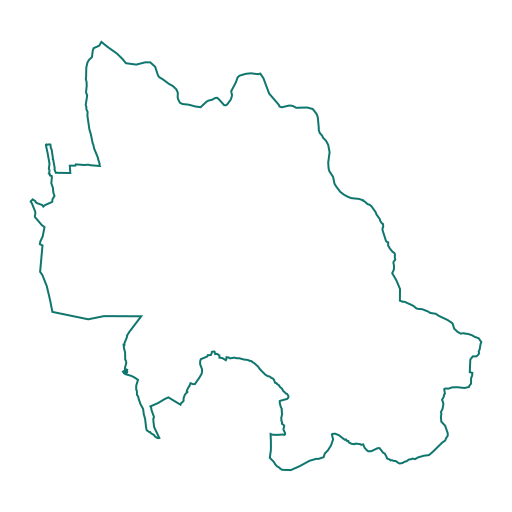 Barcani, Covasna, Romania (Albers equal-area conic projection)
{"feature_id": "2599482B23843789943329", "entity_name": "Barcani", "entity_type": "district", "adm_level": 2, "iso_a3": "ROU", "parent_name": "Romania", "parent_adm1": "Covasna", "projection": "albers", "projection_center": [26.11, 45.703], "detail": "fine", "context": "isolated", "style": "outline", "palette": "teal", "viewbox_px": 512, "rotation_deg": 0, "n_neighbors": 0, "source": "geoboundaries", "source_scale": "gbopen_adm2", "svg_char_len": 5983}
<svg xmlns="http://www.w3.org/2000/svg" viewBox="0 0 512 512"><path d="M145.1,418.9L146.1,427.6L146.7,430.2L149.0,431.9L150.2,432.1L150.6,433.0L154.1,435.1L154.7,436.2L157.0,437.8L158.3,438.2L159.3,438.0L154.1,427.0L153.4,421.0L153.3,418.7L153.9,417.5L153.8,416.4L151.5,410.1L151.2,407.8L150.4,406.4L158.2,403.0L164.6,399.1L168.4,397.4L180.5,404.7L180.8,403.6L183.5,401.0L183.6,398.3L184.5,395.6L185.4,394.0L187.3,392.1L186.7,391.8L187.0,390.2L189.0,386.4L189.3,386.4L190.5,383.2L192.9,384.1L194.9,384.1L199.6,377.3L201.6,373.8L202.1,371.6L202.0,369.2L200.1,364.1L200.2,361.1L200.8,359.2L207.0,356.6L207.7,355.8L207.8,355.2L210.8,355.0L211.7,353.3L211.8,352.0L213.0,351.5L214.5,351.6L215.2,354.1L217.0,353.8L219.4,355.5L219.4,357.6L222.4,358.1L225.8,360.2L226.4,358.9L226.5,357.2L228.8,357.5L229.5,358.2L230.6,358.3L234.4,357.6L236.0,358.2L239.5,358.3L243.8,359.5L248.0,360.0L249.8,361.0L250.5,360.8L251.9,361.4L252.2,362.0L254.0,362.9L258.4,366.9L259.7,369.1L260.5,369.5L260.6,370.0L265.4,374.7L267.8,376.2L269.0,376.3L270.4,377.0L271.3,378.0L272.7,378.4L273.9,379.6L275.0,382.7L276.6,383.2L277.0,384.0L278.7,385.1L279.3,385.7L279.5,386.5L282.0,388.7L283.1,390.8L286.1,393.6L287.0,393.9L287.7,394.8L288.5,396.4L288.2,397.8L287.2,398.9L279.9,400.9L279.7,401.3L279.8,403.1L280.8,407.0L281.8,408.8L281.6,410.4L282.0,411.5L281.8,412.8L282.2,413.7L281.2,418.2L281.5,419.6L281.3,420.5L282.0,422.1L282.0,423.8L283.6,424.9L284.2,426.2L283.4,429.4L285.1,433.2L285.0,434.3L284.5,434.9L282.8,434.5L277.3,434.9L272.3,434.7L270.6,434.0L270.9,441.6L270.9,449.8L269.8,457.8L273.8,461.9L275.3,464.4L277.1,466.4L279.3,467.6L280.3,468.7L282.1,469.8L290.8,470.1L299.4,466.3L309.7,460.7L316.0,458.9L318.5,458.9L323.6,457.2L324.8,453.5L327.8,450.5L331.0,445.5L333.1,439.3L331.9,434.7L332.4,433.9L335.1,433.7L338.9,435.2L344.1,439.3L344.9,439.8L345.6,439.4L346.2,439.6L346.7,440.8L348.4,441.1L348.4,441.7L348.9,442.4L351.8,443.9L354.7,444.2L355.0,443.7L355.9,443.6L360.3,444.2L361.1,444.8L363.2,444.4L364.6,447.8L367.3,450.7L368.4,451.3L371.3,451.2L377.6,448.2L379.5,448.1L383.2,452.8L384.7,453.5L386.7,457.1L386.8,458.1L387.4,458.7L390.1,459.7L390.6,460.4L391.9,460.2L394.2,461.0L395.7,461.0L398.5,463.0L399.7,463.5L402.5,463.0L404.8,461.6L406.3,461.4L409.0,459.5L410.7,459.3L412.6,458.6L415.1,459.1L418.0,457.4L424.0,455.7L428.9,455.1L432.4,452.2L442.2,442.6L445.2,440.5L446.1,438.2L447.6,436.0L447.8,434.8L447.6,432.8L445.1,425.7L441.3,421.6L440.9,416.7L441.4,413.8L440.9,412.2L442.5,409.0L443.4,404.2L443.0,402.0L442.2,400.4L442.1,399.7L443.9,396.5L443.9,395.0L444.9,393.7L444.2,389.2L445.3,388.5L448.7,388.6L451.9,387.4L457.3,387.2L464.4,388.0L468.9,387.0L469.4,385.7L471.0,383.7L471.1,378.1L472.1,375.8L472.3,374.1L472.3,372.8L469.8,372.2L470.3,359.6L472.7,356.4L475.9,356.4L476.8,356.1L478.2,354.7L479.1,353.3L478.7,351.5L479.7,349.2L480.6,343.8L481.3,342.1L478.6,338.2L475.0,337.0L471.9,335.2L468.0,333.9L465.4,333.7L463.9,333.2L460.7,333.6L457.6,331.9L454.2,328.7L452.7,323.8L452.2,323.1L447.6,320.0L438.9,315.9L435.8,313.8L430.2,312.9L428.0,311.5L422.2,309.2L417.5,308.8L416.2,308.3L413.6,306.0L411.8,305.1L404.4,301.7L402.9,301.8L399.9,300.7L400.0,289.0L396.3,280.2L392.2,273.2L393.9,269.5L394.0,265.6L393.4,262.8L393.7,261.5L395.2,259.8L394.8,257.2L394.9,254.1L394.2,252.8L392.6,251.9L389.6,248.2L389.3,247.3L388.1,245.7L388.2,242.4L386.7,241.8L385.9,240.7L382.5,230.0L382.6,227.9L383.1,227.3L383.2,226.2L383.0,224.0L381.9,223.4L380.8,221.8L380.0,220.3L379.8,219.1L376.5,214.5L375.6,212.1L371.3,206.1L369.8,204.8L367.7,204.2L364.9,201.7L362.8,200.5L362.9,200.2L358.8,198.9L351.1,198.1L347.5,196.6L344.3,194.9L340.4,192.0L336.4,186.8L334.5,183.8L333.1,176.9L329.4,171.3L328.6,168.5L328.2,162.5L329.6,152.2L328.2,144.9L326.0,140.7L323.1,137.8L322.1,135.6L319.7,132.9L318.8,130.1L318.7,126.9L317.8,117.4L316.9,114.6L316.0,113.1L312.7,109.0L307.2,107.5L296.2,107.8L293.3,106.2L291.0,105.6L288.8,105.6L281.8,107.3L279.5,106.5L278.8,104.8L269.1,93.5L263.4,78.2L260.3,73.6L258.0,74.2L251.0,73.3L245.9,73.8L239.7,75.6L237.6,77.4L235.9,82.3L231.2,91.2L232.0,95.2L231.6,97.2L230.6,99.8L227.2,104.4L225.8,105.3L224.2,105.2L219.0,99.4L217.2,97.8L215.3,98.0L211.9,99.8L208.5,100.6L206.6,101.6L200.6,107.2L195.4,106.5L188.8,104.7L182.4,104.0L179.9,102.7L178.0,99.0L177.7,97.4L177.8,92.7L176.3,89.3L172.8,86.0L168.8,83.8L163.2,79.6L159.0,77.0L157.9,75.1L155.1,66.7L150.2,62.3L145.3,62.3L136.3,64.6L125.9,63.2L122.6,59.1L117.0,53.6L107.4,46.8L101.4,41.9L99.2,45.7L93.6,48.2L92.7,50.9L92.0,57.0L88.8,60.1L87.4,62.7L86.3,67.5L86.1,77.1L85.8,78.7L86.6,82.3L86.7,85.9L86.0,92.4L87.1,95.1L87.1,96.1L85.7,104.8L86.3,106.8L86.4,109.3L87.6,111.9L87.4,115.6L89.4,129.5L90.9,134.4L92.6,143.0L93.3,144.6L94.1,148.4L97.9,157.7L98.2,159.4L99.7,164.1L99.4,165.0L99.8,166.0L90.2,165.2L88.4,164.7L84.5,165.0L75.8,164.4L75.4,165.6L69.8,165.7L70.3,173.0L55.8,172.8L54.5,169.5L54.7,168.2L53.2,159.5L52.8,159.3L52.9,158.1L51.7,149.8L50.8,147.8L50.4,144.6L49.4,144.3L47.3,144.8L46.5,144.4L46.0,144.8L46.0,145.7L47.7,153.5L49.5,163.8L48.9,168.3L48.9,169.1L49.5,170.2L49.2,173.1L48.9,173.5L49.9,174.2L49.8,175.1L50.1,175.6L51.6,175.8L51.9,177.1L51.3,183.2L53.0,188.2L53.0,189.6L53.5,193.2L54.5,196.0L52.5,199.2L52.2,201.9L44.8,205.2L43.3,206.6L42.2,205.0L36.7,203.0L35.7,202.2L35.4,201.2L32.7,199.4L30.7,201.4L32.0,203.6L35.2,211.6L35.4,213.3L34.8,216.1L35.0,217.1L41.8,225.1L44.5,227.1L42.7,236.4L40.4,241.3L39.9,243.5L39.9,244.2L42.5,245.4L40.1,271.8L42.4,275.1L46.8,286.2L50.0,299.8L52.4,311.9L88.3,319.3L104.0,316.1L141.2,316.3L129.6,331.5L127.1,335.4L126.8,337.5L124.4,343.3L124.4,345.0L123.6,344.9L124.0,348.4L125.1,352.4L125.2,359.7L125.8,360.4L126.3,362.9L124.9,368.1L125.0,369.5L125.6,370.3L126.6,369.5L127.1,369.8L126.7,370.5L127.2,371.2L127.1,372.3L126.6,372.8L124.1,371.0L123.0,371.6L123.6,372.8L125.3,374.1L131.3,375.9L134.0,377.2L138.0,379.8L136.2,385.7L136.2,389.5L136.9,391.0L137.0,394.9L138.1,396.4L138.9,399.7L140.6,404.4L143.1,408.9L143.8,414.3L145.1,418.9Z" fill="none" stroke="#0f766e" stroke-width="2"/></svg>